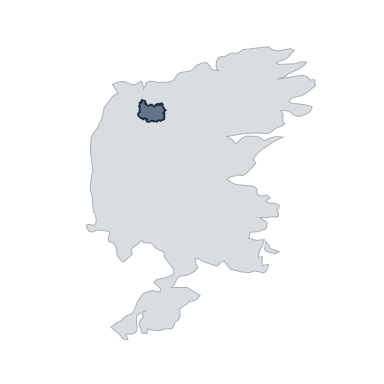 Callan-Thomastown Lea-6, Kilkenny, Ireland (highlighted), rotated 188°
{"feature_id": "5873133B16918470579073", "entity_name": "Callan-Thomastown Lea-6", "entity_type": "district", "adm_level": 2, "iso_a3": "IRL", "parent_name": "Ireland", "parent_adm1": "Kilkenny", "projection": "albers", "projection_center": [-7.206, 52.516], "detail": "fine", "context": "in_parent", "style": "filled", "palette": "slate", "viewbox_px": 384, "rotation_deg": 188, "n_neighbors": 0, "source": "geoboundaries", "source_scale": "gbopen_adm2", "svg_char_len": 8509}
<svg xmlns="http://www.w3.org/2000/svg" viewBox="0 0 384 384"><g transform="rotate(188 192 192)"><path d="M241.7,58.5L234.3,63.7L233.2,65.6L231.1,73.5L230.9,75.8L226.2,84.5L223.6,86.3L219.7,87.7L217.5,89.1L214.7,88.4L211.2,88.5L209.4,90.0L209.5,91.2L210.5,92.6L217.0,96.7L216.6,98.4L214.8,100.3L203.0,104.9L199.5,107.7L198.3,109.6L199.5,112.8L208.7,122.3L210.3,123.4L211.7,128.9L220.0,131.3L223.3,134.7L226.3,135.6L232.6,135.3L235.2,136.6L236.6,135.6L237.5,133.8L244.6,127.1L242.4,122.1L249.6,113.5L251.5,113.6L254.9,116.2L257.7,119.8L258.6,124.7L261.2,129.1L262.9,130.6L267.5,131.4L268.6,133.1L267.8,139.4L268.5,141.5L280.2,141.3L284.9,138.5L288.9,138.9L291.0,141.7L291.9,144.6L288.4,145.8L284.8,145.2L283.0,147.2L282.9,150.8L284.2,155.6L286.7,158.9L288.8,166.5L290.5,174.9L293.1,180.0L293.7,186.3L293.4,189.4L294.0,195.0L292.9,197.0L293.8,202.2L298.4,219.1L299.4,232.3L297.4,237.2L294.6,242.0L292.8,247.6L291.4,253.6L290.7,263.3L284.5,274.8L281.9,277.6L278.8,279.4L285.7,287.3L280.1,290.9L274.1,292.0L267.3,290.1L263.1,290.4L257.8,294.5L256.6,293.8L254.1,287.3L252.3,294.0L248.4,296.2L241.7,295.7L230.6,297.5L226.4,299.4L224.6,302.4L223.2,305.8L221.5,307.9L219.5,308.9L210.9,311.4L209.2,312.4L205.1,318.0L199.9,321.2L195.5,322.1L191.7,318.8L190.1,316.8L188.4,315.8L182.5,315.8L184.3,316.9L185.5,319.2L186.0,323.6L185.2,327.9L182.3,330.1L178.8,330.4L173.2,334.8L165.9,335.9L161.8,339.9L137.5,346.3L136.1,346.3L132.8,344.4L129.2,343.5L125.6,344.0L115.3,347.5L110.4,346.6L117.0,337.1L125.6,332.5L126.5,331.2L123.8,330.4L107.7,333.3L102.1,336.0L96.5,336.6L99.2,332.3L106.6,326.5L112.9,322.8L115.7,319.3L123.3,315.5L98.9,323.0L92.6,321.7L91.2,319.3L86.2,320.2L84.6,314.5L92.2,306.3L96.6,302.8L101.7,301.0L106.7,298.4L108.6,295.0L106.4,293.8L91.8,294.1L84.9,293.0L85.4,290.3L86.8,287.3L94.2,282.4L98.2,281.7L101.6,282.4L107.6,285.7L115.8,285.0L112.5,281.5L112.2,274.8L109.6,272.4L113.1,269.4L116.9,267.6L123.5,261.3L125.8,260.4L138.3,259.2L151.8,256.2L165.2,251.8L158.5,249.0L155.3,245.5L149.9,252.4L146.0,254.9L135.3,256.1L131.9,255.2L127.2,252.9L125.7,253.6L124.3,255.3L117.1,258.5L109.6,259.0L118.5,253.0L129.8,242.7L132.4,239.4L136.0,233.6L135.0,231.0L132.8,229.4L141.1,217.5L143.9,215.4L148.9,215.2L152.7,213.4L154.3,213.4L155.8,212.7L159.1,209.2L154.2,206.8L149.1,205.5L133.1,206.2L131.0,205.9L129.1,204.7L127.9,203.1L127.0,198.9L125.9,198.0L122.3,197.9L118.7,199.0L116.3,198.8L113.9,196.9L117.9,192.8L113.0,191.7L107.9,192.3L103.8,190.9L103.8,188.2L105.8,185.7L103.4,183.1L103.0,179.9L105.7,178.5L108.6,179.1L114.5,177.0L122.1,176.1L115.7,173.6L113.2,171.5L113.2,168.5L113.8,165.9L121.4,161.8L129.4,160.2L129.0,157.3L129.6,154.2L121.6,153.0L113.7,154.9L114.7,149.0L116.8,143.7L117.3,140.2L117.1,136.4L113.3,137.9L113.1,132.5L111.7,128.8L106.1,131.1L106.5,126.3L108.2,123.0L111.1,121.6L113.8,122.4L119.1,122.5L124.2,120.1L131.5,119.7L143.1,120.9L150.9,128.3L153.0,127.0L156.3,122.6L157.8,122.1L169.8,124.4L177.2,127.1L179.2,126.4L178.2,121.3L175.7,117.8L179.0,113.3L183.0,110.3L185.6,108.8L191.7,107.0L194.3,105.2L196.2,99.4L199.0,94.5L183.9,96.8L169.7,90.8L172.0,86.7L175.1,84.5L180.3,82.8L180.9,80.7L183.5,78.9L188.0,74.4L186.5,68.2L187.4,63.8L190.5,61.0L191.6,56.8L193.0,53.8L199.3,52.8L205.4,50.0L214.8,49.7L217.2,50.9L216.7,45.8L221.1,45.2L222.8,46.2L223.5,49.8L225.5,52.1L226.1,56.0L224.7,59.1L222.5,61.4L224.5,63.8L221.3,68.2L224.7,66.3L229.7,62.1L229.4,58.6L228.6,54.2L227.3,50.3L227.9,45.9L230.7,43.2L237.8,41.9L234.9,36.9L237.5,36.5L240.4,37.5L244.6,41.4L253.5,46.8L249.1,51.6L243.8,54.9L241.7,58.5ZM112.2,150.9L111.9,153.2L108.5,150.1L106.9,146.9L97.4,145.1L101.5,142.1L103.4,143.1L110.2,143.5L112.0,144.9L112.2,150.9Z" fill="#d9dde1" stroke="#a8b0b8" stroke-width="1"/><path d="M254.3,276.5L254.6,275.9L254.5,275.2L255.2,274.9L255.3,274.5L255.3,274.2L255.1,274.1L254.6,273.9L254.3,273.7L254.2,273.6L254.3,273.4L254.7,273.1L254.8,273.1L255.0,273.1L255.3,273.4L255.6,273.5L255.9,273.5L256.0,273.4L256.0,273.1L256.4,273.0L256.5,272.9L256.5,272.7L256.2,272.4L256.0,271.9L255.9,271.8L255.9,271.6L256.1,271.0L256.0,270.7L256.5,270.2L256.4,270.0L255.9,269.8L255.7,269.8L255.6,269.7L256.1,269.5L256.3,269.3L256.3,269.1L256.3,268.9L255.9,268.7L256.0,268.3L255.6,268.0L255.3,267.1L255.4,266.7L255.4,266.2L255.6,265.7L255.5,265.2L255.5,264.9L255.4,264.8L254.9,264.8L254.7,264.7L254.3,264.2L254.6,263.9L255.0,263.8L255.0,263.4L255.5,263.2L255.7,262.7L256.0,262.4L256.3,262.4L256.5,262.1L256.2,261.6L256.3,261.1L256.3,260.9L255.9,260.0L255.6,260.0L255.3,259.8L255.1,259.4L254.7,259.0L254.2,258.9L253.8,258.7L253.6,258.1L253.4,258.0L253.1,258.1L253.1,258.3L253.1,258.5L252.9,258.5L252.7,258.6L252.6,258.3L252.5,258.2L252.4,258.1L251.9,257.7L251.7,257.8L251.5,258.0L251.4,258.0L251.3,257.9L251.2,257.6L251.2,257.4L250.8,257.5L250.7,257.2L250.4,257.0L250.2,257.0L249.9,257.0L249.9,257.6L249.8,258.0L249.9,258.3L249.6,258.4L249.4,258.6L248.9,258.4L248.5,258.1L248.3,258.3L248.1,258.1L247.6,258.2L247.5,257.8L247.3,257.9L247.0,258.2L246.8,258.3L246.7,257.9L246.8,257.9L246.7,257.7L246.8,257.6L246.6,257.5L246.6,257.3L246.6,257.0L246.8,257.1L247.1,257.0L247.5,257.0L247.4,256.7L247.1,256.4L246.8,256.0L246.7,255.8L246.7,255.7L246.7,255.4L246.2,255.3L245.8,255.2L245.2,255.3L245.1,255.2L245.0,255.3L244.8,255.3L244.6,255.5L244.7,255.4L244.4,255.4L244.2,255.4L243.9,255.7L243.5,255.8L242.8,256.0L242.5,256.2L242.6,256.6L242.2,256.7L241.9,256.9L241.9,257.0L241.7,257.0L241.4,257.0L241.1,257.0L241.2,256.8L241.0,256.7L240.9,256.7L240.8,256.9L240.4,256.8L240.3,257.0L239.9,257.0L239.8,257.3L239.5,257.3L239.5,257.0L239.1,256.9L239.2,256.6L238.9,256.7L238.6,256.8L238.2,256.8L237.9,256.7L237.7,256.7L237.3,256.7L237.1,256.7L236.8,256.5L236.7,256.7L236.4,256.7L236.1,257.2L235.9,257.3L236.1,257.6L235.9,257.7L235.9,257.8L235.7,257.9L235.8,257.9L235.7,258.0L235.5,257.8L235.4,257.9L235.3,258.0L235.1,258.1L234.8,258.7L234.5,258.6L234.4,258.4L234.0,258.5L233.8,258.4L233.7,258.2L233.5,257.9L233.1,257.8L233.0,258.0L232.7,258.1L232.6,258.3L232.4,258.5L232.5,258.7L232.2,258.8L232.1,259.0L231.7,259.4L231.4,259.1L231.1,259.2L230.8,259.4L230.7,259.5L230.5,259.4L230.2,259.5L230.1,259.9L229.7,260.1L229.8,260.3L230.1,260.4L230.2,260.5L230.2,260.8L229.9,261.1L230.0,261.1L230.1,261.4L229.9,261.7L230.0,261.8L230.0,262.0L229.9,262.2L229.8,262.4L230.1,262.4L230.2,262.7L230.2,262.8L230.1,263.0L230.1,263.3L230.0,263.6L230.0,263.9L229.9,264.2L229.9,264.3L229.9,264.5L229.9,265.2L229.9,265.4L230.1,265.4L230.3,265.8L230.2,265.8L230.2,266.0L230.4,266.4L230.6,266.3L230.8,266.0L231.1,265.6L231.6,266.0L231.8,266.2L231.5,266.7L231.3,266.9L231.3,267.1L231.2,267.3L231.2,267.5L230.9,267.7L230.6,267.8L230.0,268.4L229.9,268.5L229.8,269.0L229.7,269.2L229.4,269.3L229.6,269.6L229.7,269.8L230.4,269.8L230.7,269.8L230.7,270.1L230.7,270.4L231.2,270.7L231.3,270.8L231.6,271.0L231.8,271.8L232.2,272.1L232.3,272.2L232.3,272.3L232.5,272.4L232.6,272.5L232.7,272.9L232.9,272.9L233.2,272.9L233.2,273.1L233.5,273.2L233.5,273.4L233.6,273.5L233.5,273.8L233.4,273.9L233.4,274.3L233.2,274.6L233.3,274.6L233.2,274.8L233.2,275.0L233.5,275.1L234.1,275.5L234.2,275.0L234.6,275.0L234.6,275.6L235.0,275.6L235.0,274.9L235.1,274.7L235.1,274.4L235.5,274.1L235.7,274.4L235.6,274.5L235.9,274.7L235.9,274.9L236.2,274.8L236.5,275.0L236.6,274.9L236.7,274.5L236.8,274.4L236.8,274.0L236.7,273.6L237.5,273.8L237.5,273.5L237.9,273.3L237.9,273.7L238.3,273.9L238.2,274.3L238.2,274.5L238.8,274.1L238.8,273.9L238.9,274.0L239.0,273.8L239.2,274.0L239.4,274.0L239.4,273.7L239.8,273.6L240.0,273.4L240.4,273.2L240.1,272.7L240.0,272.4L240.4,272.2L240.4,272.4L240.5,272.4L240.5,272.2L240.4,272.1L240.4,271.8L240.6,271.4L240.8,271.3L241.0,271.2L241.2,271.3L241.4,271.2L241.5,271.4L241.8,271.4L242.1,271.5L242.2,271.8L242.4,272.0L242.6,272.2L243.0,272.2L243.3,272.4L243.8,272.3L243.8,272.5L244.0,272.5L244.0,272.8L244.6,272.6L244.6,272.9L244.8,273.0L245.0,273.0L245.2,272.8L245.3,272.7L245.8,272.7L245.9,272.3L246.2,272.0L246.5,271.9L246.8,271.4L247.1,271.3L247.3,271.1L247.5,271.1L247.8,271.2L248.2,271.2L248.3,271.6L248.5,271.9L248.7,272.0L248.8,272.2L249.1,272.2L249.2,272.6L249.4,272.6L249.6,272.8L249.7,272.7L249.8,272.4L250.1,272.4L250.3,272.2L250.6,272.3L250.9,272.6L250.6,272.8L250.6,273.0L250.3,273.1L250.5,273.5L250.3,273.6L250.5,273.8L250.4,273.8L250.6,274.2L250.6,274.3L250.3,274.5L250.6,274.9L250.6,275.0L250.8,275.2L250.9,275.5L251.2,275.4L251.3,275.4L251.4,275.5L251.5,275.7L251.5,275.8L251.9,275.9L252.1,275.9L252.4,275.8L252.6,275.7L252.9,275.6L253.2,275.6L253.6,275.8L253.6,276.1L253.9,276.3L254.3,276.5Z" fill="#64748b" stroke="#1e293b" stroke-width="1.5"/></g></svg>